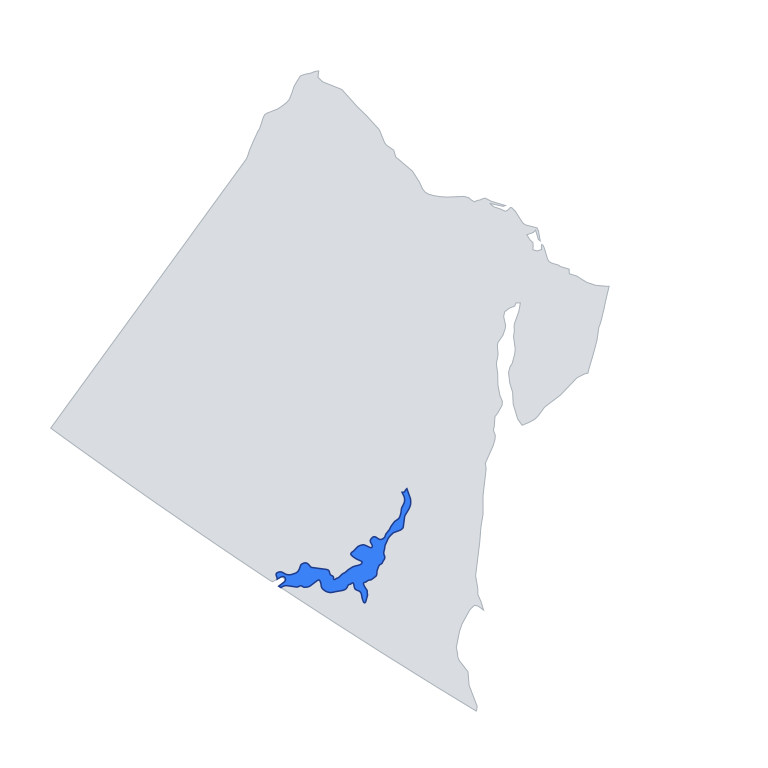 Aswan on a map of Egypt (Albers equal-area conic projection), rotated 33°
{"feature_id": "EGY-1548", "entity_name": "Aswan", "entity_type": "Governorate", "adm_level": 1, "iso_a3": "EGY", "parent_name": "Egypt", "parent_adm1": "", "projection": "albers", "projection_center": [32.505, 23.633], "detail": "fine", "context": "in_parent", "style": "filled", "palette": "blue", "viewbox_px": 768, "rotation_deg": 33, "n_neighbors": 0, "source": "natural_earth", "source_scale": "10m", "svg_char_len": 7408}
<svg xmlns="http://www.w3.org/2000/svg" viewBox="0 0 768 768"><g transform="rotate(33 384 384)"><path d="M639.5,608.1L625.4,608.5L611.3,608.9L597.2,609.3L583.1,609.6L569.0,609.9L554.9,610.1L540.8,610.4L526.7,610.6L512.6,610.7L498.5,610.8L484.4,610.9L470.3,611.0L456.2,611.0L442.1,611.0L428.0,611.0L413.9,610.9L405.8,610.9L407.2,606.8L408.1,603.8L407.2,601.8L404.4,601.3L402.6,601.9L398.3,610.5L396.1,610.8L391.1,610.8L374.7,610.6L358.3,610.4L341.9,610.1L325.4,609.8L309.0,609.4L292.6,609.0L276.2,608.5L259.8,608.1L243.4,607.5L226.9,606.9L210.5,606.3L194.1,605.6L177.7,604.9L161.3,604.2L144.9,603.4L128.5,602.5L129.1,592.1L129.6,581.7L130.1,571.3L130.7,560.9L131.2,550.5L131.8,540.2L132.3,529.8L132.9,519.4L133.4,509.0L134.0,498.6L134.5,488.2L135.1,477.8L135.6,467.4L136.2,457.0L136.7,446.6L137.3,436.2L137.8,425.8L138.4,415.4L138.9,405.0L139.5,394.7L140.0,384.3L140.6,373.9L141.1,363.5L141.6,353.1L142.2,342.8L142.7,332.4L143.3,322.0L143.8,311.7L144.4,301.3L144.9,291.0L145.5,280.6L146.0,270.3L145.8,268.3L143.9,261.2L142.3,252.1L140.7,241.0L140.6,237.5L137.5,226.0L137.3,222.8L138.4,220.5L145.0,211.3L147.0,206.8L148.9,201.4L149.6,196.9L148.2,189.9L146.5,183.6L146.1,177.3L146.1,171.0L149.4,166.9L153.3,163.2L154.9,160.8L157.2,158.2L158.8,157.0L161.5,162.7L167.7,164.0L188.3,160.0L210.5,166.0L222.9,168.4L241.8,173.4L253.2,181.4L256.4,182.4L264.8,182.6L270.2,187.2L292.0,190.0L303.6,195.3L310.1,199.4L314.1,200.7L317.6,200.6L322.4,199.2L328.5,196.6L335.1,192.9L348.8,183.2L353.6,181.6L356.7,182.1L360.6,182.0L362.2,179.3L364.2,177.5L365.5,175.4L367.6,173.0L374.6,172.3L388.7,168.2L387.1,170.2L374.3,174.9L379.7,175.6L385.4,174.0L391.8,173.0L393.0,171.0L393.9,167.1L395.1,166.6L399.5,167.4L412.7,173.4L416.0,173.5L425.3,170.4L427.2,169.7L430.2,171.5L437.1,178.9L434.7,178.7L427.4,172.4L426.7,175.5L422.5,181.1L427.7,183.5L432.0,184.4L434.2,187.5L435.7,190.3L439.9,189.1L442.9,185.4L441.3,183.3L440.3,181.1L441.7,181.0L444.6,182.8L452.9,190.0L455.8,191.4L459.0,191.2L465.8,189.2L467.7,189.5L476.8,186.8L477.9,188.7L479.4,190.6L486.8,188.5L498.3,188.4L507.7,186.0L518.6,180.2L519.5,179.4L520.1,180.8L521.4,184.6L524.9,194.4L527.9,202.0L531.6,212.6L532.8,216.7L533.3,219.5L538.7,231.1L541.9,240.7L544.3,248.5L547.7,259.9L549.1,263.9L546.9,266.0L542.5,273.5L538.0,297.2L531.3,315.8L530.6,327.4L529.6,331.6L526.3,337.6L522.3,343.4L515.1,340.5L503.3,330.5L496.4,320.9L489.1,314.8L482.2,306.6L480.3,300.7L480.3,296.9L477.3,287.7L475.1,283.3L466.7,273.5L464.3,268.2L462.4,265.9L460.6,262.6L457.6,249.9L454.3,241.8L450.5,244.0L451.2,247.4L447.9,252.1L445.9,257.6L447.5,262.1L454.3,268.9L455.6,271.9L457.2,278.3L457.0,287.1L458.1,290.0L463.2,296.5L465.1,300.4L466.2,303.7L467.9,306.8L473.0,312.4L480.4,323.2L487.4,330.4L492.5,333.9L494.6,337.4L495.2,346.5L494.8,350.9L499.3,359.0L501.0,363.2L505.3,366.5L507.4,370.3L509.2,376.6L512.1,395.1L515.9,399.6L527.9,423.8L537.9,439.1L542.9,450.6L550.4,464.5L565.3,495.0L574.0,504.4L577.5,509.6L583.8,513.6L590.7,519.4L584.3,519.0L582.6,519.4L580.4,520.4L579.4,524.1L579.0,527.0L580.1,542.6L582.1,550.5L588.1,565.5L592.4,569.9L594.6,572.8L597.5,574.8L611.2,579.6L619.4,590.3L637.6,603.5L639.4,607.2L639.5,608.1Z" fill="#d9dde1" stroke="#a8b0b8" stroke-width="1"/><path d="M408.4,610.9L405.8,610.9L407.3,606.8L408.3,603.8L408.3,602.7L408.0,601.6L407.0,600.7L406.2,600.3L405.4,600.1L404.6,600.3L403.8,600.7L402.7,601.9L400.7,605.9L400.6,605.7L400.3,605.2L399.9,604.8L398.0,603.4L397.6,602.9L397.2,602.5L397.0,602.0L396.9,601.5L397.0,600.8L397.4,600.1L398.0,599.2L398.6,598.6L399.2,598.1L400.2,597.6L401.3,597.3L402.4,597.2L404.6,597.1L405.6,596.9L406.6,596.6L407.7,596.1L408.4,595.7L409.9,594.5L412.9,590.7L413.3,589.9L413.6,589.2L413.9,587.7L413.9,587.4L413.7,584.9L413.0,582.2L412.8,581.1L412.8,580.7L413.0,580.0L413.4,579.2L414.1,578.1L414.7,577.4L415.3,576.9L415.9,576.6L416.5,576.4L417.0,576.3L417.5,576.2L418.5,576.3L422.2,577.3L422.7,577.3L423.1,577.3L436.8,570.8L438.0,570.5L438.5,570.4L439.0,570.5L439.5,570.6L440.5,571.3L442.4,572.9L442.9,573.1L443.5,573.2L444.1,573.2L445.3,573.0L445.8,573.0L446.3,573.1L446.7,573.4L447.1,573.8L447.6,574.7L448.0,575.1L448.4,575.2L448.9,575.0L449.3,574.6L450.1,572.8L450.4,572.3L450.8,571.9L451.3,571.0L451.7,569.7L452.2,567.1L452.6,565.8L453.0,564.9L453.4,564.4L453.6,564.2L454.0,563.3L455.2,559.1L457.3,554.5L458.4,553.0L462.1,549.0L462.5,548.3L462.8,547.7L462.9,546.9L462.9,546.1L462.6,545.3L462.1,545.0L461.6,545.0L455.9,545.8L451.7,545.7L449.9,545.3L449.4,545.2L449.0,544.9L448.6,544.4L448.5,543.7L448.7,542.5L448.9,541.9L449.3,541.1L449.6,539.8L450.2,536.3L450.7,534.3L451.0,533.8L452.0,532.3L452.8,531.4L453.7,530.5L454.2,530.1L454.7,529.9L455.2,529.7L456.3,529.4L461.5,528.7L462.0,528.5L462.5,528.2L462.8,527.7L462.8,527.1L462.4,526.2L462.0,525.7L461.5,525.4L460.5,524.9L458.6,523.8L458.2,523.4L457.8,523.0L457.6,522.3L457.5,521.5L457.6,520.2L457.9,518.8L458.2,518.2L458.3,518.0L458.5,517.7L458.9,517.4L459.3,517.2L459.8,517.0L460.9,516.8L463.6,516.9L464.6,516.8L465.1,516.6L465.6,516.4L466.1,516.0L466.6,515.6L466.9,515.1L467.0,514.8L467.4,514.4L467.5,513.9L468.0,512.3L467.9,511.4L467.4,509.5L467.3,508.9L467.4,507.4L467.5,506.9L467.5,505.8L467.8,503.5L467.8,502.9L467.4,499.7L467.5,497.1L467.6,496.1L467.6,495.5L467.6,495.4L467.8,493.5L469.3,489.8L469.7,488.0L469.6,487.4L469.6,487.1L469.2,485.4L468.4,482.9L466.6,479.2L466.3,478.4L466.2,477.7L465.7,473.0L465.1,471.2L464.6,470.2L463.8,469.2L463.0,468.1L461.5,467.0L458.1,465.0L458.8,464.4L459.2,464.2L459.6,463.9L459.7,463.5L459.9,462.8L459.9,460.3L460.2,459.3L468.7,465.8L470.3,467.8L471.8,470.3L472.3,471.7L472.6,473.0L473.0,475.7L473.2,481.9L473.4,483.6L473.7,484.3L478.2,493.8L478.3,494.2L478.2,495.0L477.9,496.2L477.8,496.6L477.3,497.6L476.6,498.6L473.2,503.2L472.8,504.0L471.9,507.7L471.6,510.9L472.8,518.8L473.2,519.8L474.2,521.7L475.3,524.9L475.7,525.7L476.4,526.6L477.2,527.3L478.1,527.9L478.6,528.3L479.0,528.8L479.5,529.8L479.7,530.5L479.8,531.1L479.7,531.8L479.7,532.7L480.0,535.2L479.9,535.9L479.7,536.4L478.9,537.8L478.8,538.6L478.8,539.8L479.8,544.1L480.0,544.8L481.2,546.7L481.7,547.8L481.9,548.5L481.9,549.1L481.9,549.6L481.5,550.8L480.1,554.7L479.8,555.2L479.5,555.6L478.2,556.7L477.8,557.1L477.5,557.7L476.9,559.3L476.7,559.8L476.4,560.2L475.6,561.1L475.3,561.8L475.4,562.4L475.7,562.9L476.2,563.3L479.1,565.0L481.6,566.0L482.1,566.3L482.6,566.6L482.9,567.1L483.5,568.1L483.9,568.6L484.7,569.3L485.0,569.8L485.3,570.3L487.2,576.3L487.3,577.5L487.1,578.0L486.7,578.2L486.3,578.2L485.8,578.1L485.4,577.9L482.6,575.8L479.2,572.3L478.2,571.7L477.2,571.3L476.1,571.2L472.6,571.8L472.2,571.8L471.7,571.8L471.3,571.6L470.8,571.4L469.8,570.6L467.9,568.6L467.4,568.2L466.9,567.9L466.5,567.8L466.0,567.8L465.7,568.2L465.5,568.6L465.0,570.0L464.7,570.4L463.9,571.2L463.6,571.9L463.5,572.5L463.8,574.5L463.8,575.9L463.6,576.7L463.4,577.3L462.8,578.3L461.7,579.7L456.2,584.8L454.8,586.3L453.2,587.7L452.5,588.2L451.6,588.6L449.7,589.3L447.6,589.6L445.2,589.5L444.7,589.4L443.6,589.1L442.5,588.6L442.1,588.3L441.7,588.0L439.9,585.9L438.0,584.3L437.5,584.0L437.0,583.8L436.5,583.7L436.1,583.9L435.7,584.2L435.3,584.7L434.9,585.7L432.1,593.5L431.4,594.7L430.6,595.7L430.0,596.3L428.3,597.6L427.8,597.9L427.3,598.1L426.8,598.2L425.3,598.2L424.7,598.3L424.2,598.5L423.7,598.9L423.3,599.4L422.7,600.4L422.0,601.4L421.5,601.8L412.6,605.9L411.6,606.5L410.7,607.2L409.7,608.4L408.5,610.7L408.4,610.9L408.4,610.9Z" fill="#3b82f6" stroke="#1e3a8a" stroke-width="1.5"/></g></svg>